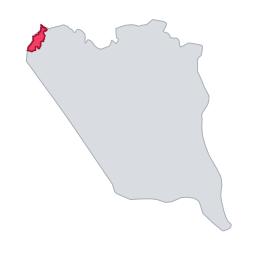 location of Dar'a, Dar`a, Syria, rotated 87°
{"feature_id": "27442178B67726505950673", "entity_name": "Dar'a", "entity_type": "district", "adm_level": 2, "iso_a3": "SYR", "parent_name": "Syria", "parent_adm1": "Dar`a", "projection": "robinson", "projection_center": [36.022, 32.622], "detail": "fine", "context": "in_parent", "style": "filled", "palette": "rose", "viewbox_px": 256, "rotation_deg": 87, "n_neighbors": 0, "source": "geoboundaries", "source_scale": "gbopen_adm2", "svg_char_len": 4585}
<svg xmlns="http://www.w3.org/2000/svg" viewBox="0 0 256 256"><g transform="rotate(87 128 128)"><path d="M25.2,84.2L27.7,84.5L32.9,87.6L33.8,87.5L35.3,83.4L36.9,82.0L40.1,80.8L41.0,74.2L42.5,72.9L44.3,72.3L47.1,72.1L49.5,71.7L49.7,70.6L46.3,63.0L46.6,61.0L48.2,53.4L49.2,50.4L50.2,49.4L54.0,49.8L59.4,51.1L60.9,53.3L63.5,55.3L67.5,55.1L72.0,55.5L75.6,55.6L78.4,54.3L84.8,51.7L88.0,50.8L90.9,49.7L100.1,45.5L103.8,45.8L106.4,46.4L108.3,47.0L112.7,49.9L116.4,52.8L118.9,53.7L123.5,53.6L130.1,54.2L138.2,54.1L142.9,53.3L148.9,51.9L159.6,48.5L173.6,41.3L181.9,37.8L185.4,37.4L190.1,37.3L194.8,38.2L200.1,38.9L202.5,38.8L208.2,38.1L215.6,36.7L220.2,35.5L225.8,33.5L229.3,30.3L230.4,29.9L231.9,30.5L232.5,30.7L234.0,32.6L235.6,37.4L235.7,37.9L235.4,39.2L231.8,43.1L226.9,48.5L223.4,51.8L217.5,57.5L213.0,58.7L205.5,60.7L203.5,62.7L201.6,65.9L200.6,70.2L200.3,73.0L200.2,78.1L202.1,83.3L203.9,88.4L204.2,91.8L204.1,95.1L202.5,98.6L200.8,103.4L199.9,108.9L199.5,119.2L199.6,127.9L199.5,129.4L196.5,135.5L192.9,142.8L191.2,144.4L183.1,146.6L174.4,151.9L164.6,157.8L155.7,163.2L146.3,168.8L136.6,174.7L129.7,178.9L120.4,184.5L111.9,189.8L103.3,195.2L96.8,199.3L86.8,205.9L81.0,209.7L72.4,215.3L64.8,220.2L55.9,226.1L44.6,224.3L41.1,223.3L38.2,220.5L36.0,219.1L30.7,217.5L27.3,212.3L25.2,210.4L21.7,209.6L23.2,206.2L23.5,204.0L25.0,201.3L24.1,199.6L23.6,195.8L22.9,194.9L22.7,193.9L23.2,192.7L23.0,191.4L22.4,190.9L22.1,189.0L21.6,187.7L21.9,186.0L22.7,184.9L23.5,182.7L24.4,182.1L25.9,180.8L26.3,179.4L27.7,178.1L29.5,177.0L29.9,176.1L29.6,175.6L27.8,174.6L26.8,172.8L27.7,170.2L28.3,169.5L29.4,168.2L31.8,166.3L33.7,166.0L35.3,166.0L38.1,166.2L40.2,166.5L40.8,166.0L40.7,165.4L38.0,163.9L37.9,162.6L38.6,161.3L40.4,159.2L42.7,157.7L43.8,157.5L46.4,154.4L48.0,151.0L45.3,142.6L43.7,141.3L41.1,140.2L39.6,140.0L39.5,139.4L41.5,137.3L43.0,135.5L41.4,133.7L38.5,132.9L37.4,134.7L33.7,134.9L28.0,134.9L25.4,126.1L25.1,122.3L25.1,117.9L26.9,111.5L26.0,108.5L26.0,106.5L25.5,103.7L21.0,97.8L23.5,86.9L25.2,84.2Z" fill="#d9dde1" stroke="#a8b0b8" stroke-width="1"/><path d="M25.8,203.8L25.7,203.8L25.3,203.8L25.2,204.0L24.9,204.3L24.8,204.5L24.7,204.6L24.6,204.8L24.4,204.9L24.4,205.0L24.2,205.1L23.9,205.2L23.9,205.3L23.7,205.4L23.6,205.6L23.7,205.8L23.7,206.0L23.6,206.3L23.5,206.5L23.5,206.4L23.5,206.5L23.4,206.5L23.2,206.7L23.1,206.8L23.1,207.0L23.0,206.9L23.0,207.0L22.9,207.0L22.8,207.3L22.7,207.3L22.4,207.5L22.2,207.7L22.1,207.8L21.9,207.8L21.6,207.9L21.6,208.0L21.4,208.2L21.3,208.3L21.2,208.4L21.2,208.5L21.0,208.8L20.9,208.8L20.4,209.5L20.6,209.6L20.8,209.4L20.9,209.2L21.1,209.0L21.4,208.9L21.6,208.9L22.2,208.6L22.4,208.7L22.4,208.9L22.4,209.0L22.3,209.3L22.4,209.5L22.4,209.4L22.7,209.4L22.8,209.6L23.0,209.7L23.1,209.8L23.3,209.8L23.5,209.8L23.7,209.7L24.2,209.6L24.7,209.6L25.0,209.7L25.2,209.9L25.5,210.0L25.7,209.9L26.1,210.1L26.3,210.1L26.6,210.0L26.9,210.3L27.0,210.7L27.1,210.8L27.5,211.1L27.9,211.1L28.1,211.2L28.2,211.3L28.2,211.7L27.8,212.0L28.2,212.4L28.5,212.5L29.1,212.4L29.4,212.5L29.8,212.6L29.9,212.8L30.0,213.2L30.0,213.7L29.9,214.6L29.9,214.8L30.2,215.0L30.7,215.4L31.1,215.9L31.5,216.9L31.7,217.4L31.7,218.2L32.4,218.0L32.8,217.9L33.0,217.9L34.2,218.0L34.6,218.1L34.8,218.0L35.4,217.7L35.5,217.7L35.9,218.0L36.8,218.7L37.3,219.1L38.5,220.0L39.0,220.4L39.9,221.1L41.1,222.4L42.0,223.3L42.3,223.5L44.1,223.7L44.7,223.9L45.1,224.1L45.3,224.3L45.4,224.1L45.5,223.8L45.6,223.5L45.6,223.2L45.8,222.6L45.8,222.4L45.9,221.9L46.0,221.6L46.0,221.3L46.1,221.2L46.5,220.6L46.7,220.3L46.8,220.0L46.7,219.8L46.6,219.6L46.4,219.3L45.8,218.5L45.7,218.2L45.6,217.7L45.5,217.4L45.7,216.7L45.5,216.3L45.0,216.1L44.6,216.2L44.1,216.2L43.3,216.3L42.7,216.2L42.4,216.2L42.3,215.9L42.2,215.5L42.1,215.3L42.0,214.6L42.0,214.3L42.7,213.9L43.0,213.8L43.7,213.7L43.9,213.6L44.1,213.2L44.1,212.6L43.8,212.3L43.4,212.0L42.9,211.9L42.6,211.7L42.4,211.6L42.1,211.6L41.8,211.3L41.7,211.1L41.3,211.1L41.1,210.8L40.9,210.8L40.7,210.7L40.4,210.8L39.7,210.7L39.5,210.9L38.9,210.8L38.8,211.0L38.6,211.0L38.4,211.0L37.8,210.7L37.4,210.4L37.2,210.0L37.1,209.9L37.1,209.7L37.1,209.4L37.1,209.2L37.0,208.9L37.0,208.7L36.9,208.7L37.0,208.3L37.1,208.0L36.7,207.7L36.4,207.8L36.1,207.9L35.7,208.0L35.2,207.7L34.9,207.2L34.6,206.9L34.4,206.9L34.0,206.8L33.2,206.8L32.6,206.7L32.4,206.4L32.1,206.3L31.6,206.1L31.2,206.3L30.8,206.4L30.1,207.0L29.8,207.2L29.4,207.6L29.0,207.6L28.8,207.5L28.8,207.3L28.1,207.4L27.6,207.3L27.3,206.8L26.9,206.7L26.7,206.5L26.3,206.4L26.3,206.2L26.4,205.9L26.8,205.5L26.9,205.1L26.3,205.0L26.3,204.5L26.0,204.0L25.8,203.8Z" fill="#f43f5e" stroke="#9f1239" stroke-width="1.5"/></g></svg>